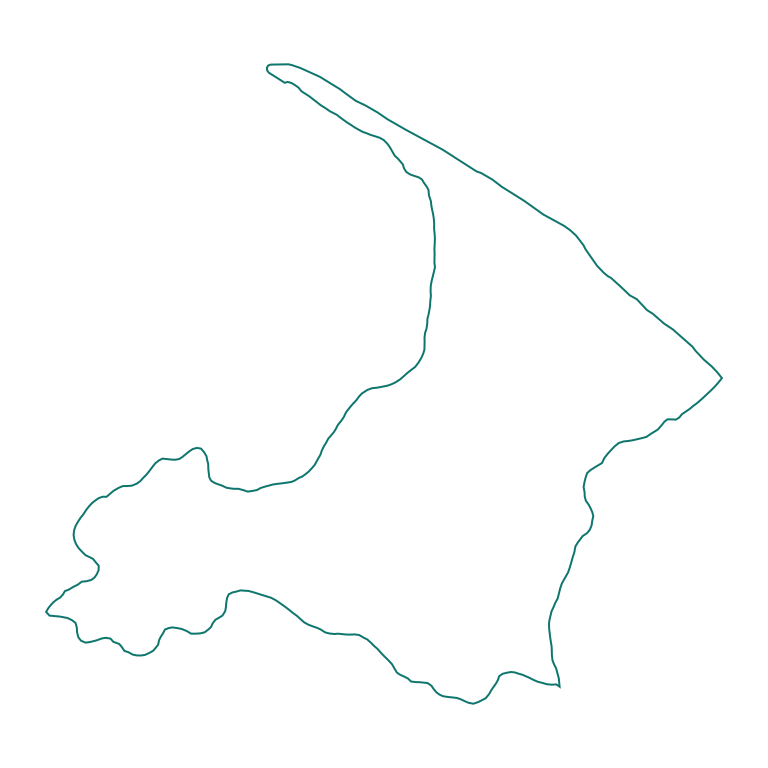 I-2 Waini, Barima-Waini, Guyana
{"feature_id": "73187651B25125705574502", "entity_name": "I-2 Waini", "entity_type": "district", "adm_level": 2, "iso_a3": "GUY", "parent_name": "Guyana", "parent_adm1": "Barima-Waini", "projection": "mercator", "projection_center": [-59.589, 7.691], "detail": "fine", "context": "isolated", "style": "outline", "palette": "teal", "viewbox_px": 768, "rotation_deg": 0, "n_neighbors": 0, "source": "geoboundaries", "source_scale": "gbopen_adm2", "svg_char_len": 5803}
<svg xmlns="http://www.w3.org/2000/svg" viewBox="0 0 768 768"><path d="M284.8,82.8L287.6,81.9L291.7,83.1L295.3,85.3L298.4,87.5L301.4,91.2L305.1,93.6L309.3,96.3L312.9,99.1L316.9,102.2L320.6,105.1L325.5,108.2L329.7,111.1L333.3,113.0L336.7,114.7L340.0,117.3L343.5,119.9L347.3,122.6L350.5,124.6L354.8,127.5L359.4,130.1L362.7,131.9L366.8,133.3L370.3,134.8L375.2,136.3L379.8,137.8L383.5,139.9L386.9,143.2L389.6,146.8L392.2,151.3L394.8,155.8L397.8,158.5L400.3,161.4L402.9,164.5L404.0,168.3L406.3,171.9L410.0,174.4L414.0,175.8L418.6,177.3L421.9,179.4L424.2,183.2L426.6,186.5L428.5,190.0L429.0,195.6L430.9,201.2L431.3,205.2L432.0,209.2L433.0,213.5L433.8,218.7L434.2,223.6L434.1,228.5L434.6,233.7L434.9,238.3L434.7,244.4L434.4,248.7L434.6,253.2L434.5,258.7L434.4,262.6L435.0,267.1L433.9,271.8L432.7,276.7L431.6,281.1L430.7,286.5L430.6,291.5L430.9,295.9L430.3,301.0L430.0,306.3L429.3,310.6L428.4,315.2L427.4,318.8L427.3,323.0L426.5,328.7L425.1,332.9L424.5,337.7L424.6,341.7L424.5,345.9L424.4,349.8L423.2,353.7L421.4,357.8L418.4,362.7L415.2,366.9L411.5,369.7L407.3,373.0L403.3,376.6L400.1,379.4L395.4,382.4L391.6,384.2L387.7,385.6L383.8,386.4L380.2,387.1L376.3,387.8L372.4,388.1L367.4,389.9L362.0,393.4L359.4,396.1L356.0,400.6L352.9,403.8L349.7,407.6L346.1,412.2L343.7,417.2L341.4,420.6L337.9,424.9L335.7,429.2L333.6,432.5L328.3,438.6L326.3,442.4L324.0,446.1L321.9,450.3L320.4,454.8L318.5,458.0L316.6,461.4L314.7,464.9L311.8,468.3L308.8,471.5L305.6,474.1L302.3,476.5L298.8,478.0L295.0,480.4L291.5,481.9L287.1,482.6L282.1,483.3L276.9,483.9L272.9,484.5L269.3,485.5L265.4,486.5L260.6,488.0L257.1,490.0L252.6,490.9L247.7,491.6L243.9,490.3L238.5,488.8L234.0,488.8L230.3,488.4L226.3,487.7L222.3,485.7L218.8,484.5L214.9,483.1L211.2,480.8L209.3,477.4L208.7,472.3L208.3,468.6L208.2,463.9L207.2,460.3L206.5,456.3L204.1,452.2L201.0,448.6L196.9,447.9L192.8,449.0L189.5,451.2L185.5,454.4L182.6,456.8L179.3,459.0L175.5,459.7L171.6,459.6L167.2,459.1L162.5,458.6L158.8,460.5L155.3,463.3L152.9,466.3L149.7,470.6L146.2,474.9L142.9,478.2L140.2,481.2L136.7,483.7L131.7,485.7L127.7,486.0L122.7,486.1L118.4,488.0L113.7,490.7L110.5,493.4L106.5,496.8L102.6,496.7L98.6,498.2L95.4,500.4L91.9,503.2L88.7,506.7L86.3,509.8L83.4,514.3L80.7,517.6L78.1,521.5L75.7,525.7L74.1,530.3L73.6,535.1L74.4,539.9L76.1,544.2L78.7,548.2L82.1,551.8L85.4,555.1L89.3,557.0L92.9,558.8L95.9,562.5L98.7,565.7L98.6,570.1L96.9,574.1L94.7,577.3L91.4,579.9L86.7,581.2L81.7,581.7L77.6,584.8L73.8,586.6L68.8,589.6L64.9,591.1L63.0,594.4L60.2,597.5L56.7,599.6L53.4,602.2L50.4,605.5L48.1,608.5L46.1,611.9L49.5,615.6L60.2,616.6L67.4,618.0L71.9,620.1L75.5,622.9L76.8,627.5L77.1,632.4L78.4,637.4L81.0,640.7L85.4,642.6L89.1,642.2L93.4,641.2L97.1,640.2L101.6,638.5L105.9,637.8L110.5,638.6L113.3,641.8L119.3,644.0L122.3,647.7L124.4,650.9L128.4,652.2L132.8,654.6L136.5,655.4L141.1,655.5L145.0,654.9L149.2,653.0L153.1,650.8L155.8,647.7L158.2,644.6L159.0,640.4L160.8,636.7L162.9,633.5L165.0,629.5L168.6,628.1L172.3,627.4L177.9,628.2L181.8,629.0L186.6,631.0L191.2,633.7L195.2,633.7L200.1,633.4L204.7,632.3L208.2,629.6L211.0,627.1L212.6,623.4L215.5,619.7L219.2,617.6L222.4,615.6L225.2,611.2L225.9,607.3L226.3,602.6L227.1,597.8L228.8,594.3L232.3,592.5L236.7,591.5L240.5,590.4L244.4,590.7L248.2,590.9L252.9,592.1L257.7,593.6L261.5,594.8L265.4,596.0L270.9,597.7L275.5,600.1L278.9,602.4L282.9,605.2L286.2,607.6L289.3,610.0L292.6,612.7L297.1,616.0L300.7,619.3L304.1,622.3L308.4,624.7L312.6,626.3L317.0,627.8L320.7,629.5L325.2,632.4L329.5,633.5L334.3,634.0L338.1,633.7L346.0,634.5L350.9,634.6L354.6,634.4L359.1,635.0L363.7,637.7L367.2,639.4L370.9,642.7L374.5,646.3L377.4,648.8L381.3,653.2L383.9,655.9L388.6,660.5L392.0,664.2L394.5,668.6L397.0,672.7L400.4,674.9L404.2,676.6L408.0,678.5L411.0,681.5L415.9,682.1L419.7,682.2L423.6,682.6L427.6,683.1L431.4,685.7L433.8,689.2L436.5,692.4L439.5,694.6L443.0,696.2L448.0,697.0L453.1,697.5L457.0,698.0L460.8,699.3L464.8,701.2L468.6,702.8L473.4,703.7L478.4,702.0L481.7,700.3L485.7,698.2L489.1,694.1L491.1,690.5L493.2,687.4L495.6,684.1L498.0,679.9L499.1,676.3L502.6,673.8L506.6,672.8L510.8,672.0L514.7,672.4L518.6,673.7L522.3,674.7L529.2,677.7L533.1,679.7L537.6,681.7L541.9,682.8L546.8,684.2L551.6,684.7L556.3,684.4L559.6,686.7L558.8,678.3L557.3,672.8L556.2,668.5L554.1,664.4L552.5,660.4L551.9,655.2L551.8,650.3L551.6,646.4L550.3,638.3L549.8,634.0L549.2,629.0L549.0,624.0L549.4,620.3L550.6,615.2L551.5,611.4L553.5,607.2L555.1,603.2L557.7,598.4L558.9,593.6L560.2,588.3L561.9,583.4L563.9,579.8L565.9,576.3L568.0,572.6L569.6,568.1L571.4,562.1L572.6,557.6L574.3,552.4L575.4,546.4L577.9,542.4L580.2,539.4L582.6,536.1L587.1,533.1L589.9,529.6L591.6,525.4L592.3,520.5L593.3,516.1L592.3,512.3L590.7,508.5L588.8,504.9L585.8,500.6L584.7,496.3L584.6,492.4L583.6,486.9L584.6,481.6L585.6,477.7L587.1,473.1L590.2,470.3L593.9,467.9L602.0,463.0L604.2,458.3L607.4,454.1L610.5,450.7L614.8,446.2L618.8,443.0L623.8,441.4L628.1,441.0L632.5,440.3L642.5,438.0L646.4,436.9L650.3,434.2L657.9,429.5L661.9,424.9L664.4,421.7L667.5,419.3L671.9,419.4L675.8,419.6L679.3,417.5L681.9,414.2L689.9,408.8L693.0,406.1L697.5,402.8L701.8,399.0L706.0,395.1L710.7,390.7L714.6,386.8L717.2,383.9L720.3,380.2L721.9,378.1L717.1,372.1L712.0,366.7L703.7,359.5L695.6,350.9L692.5,346.7L691.1,345.5L672.7,329.3L664.2,323.7L652.8,313.8L647.0,310.1L646.8,309.9L636.8,299.2L629.7,295.3L622.0,287.9L611.1,278.0L607.6,276.0L603.5,272.5L597.0,265.7L593.2,260.3L585.6,249.4L583.4,245.1L576.0,235.5L569.9,230.0L563.8,225.7L543.6,214.7L539.5,211.8L524.1,200.8L501.8,186.8L492.8,179.9L492.6,179.7L481.1,173.0L476.5,171.4L444.4,150.8L442.7,149.7L405.3,129.5L394.9,123.5L387.9,119.5L377.3,112.3L365.3,105.4L355.7,100.8L346.6,94.2L340.0,89.2L319.8,76.8L300.6,68.1L297.2,66.9L291.9,65.1L288.4,64.3L270.4,64.6L268.0,65.7L266.9,67.9L267.2,70.5L268.8,72.7L284.8,82.8Z" fill="none" stroke="#0f766e" stroke-width="2"/></svg>